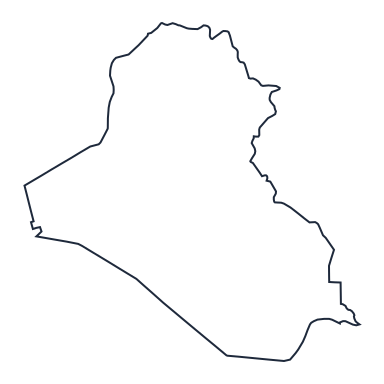 Iraq, Robinson projection
{"feature_id": "IRQ", "entity_name": "Iraq", "entity_type": "country or territory", "adm_level": 0, "iso_a3": "IRQ", "parent_name": "Asia", "parent_adm1": "", "projection": "robinson", "projection_center": [44.579, 33.218], "detail": "fine", "context": "isolated", "style": "outline", "palette": "slate", "viewbox_px": 384, "rotation_deg": 0, "n_neighbors": 0, "source": "natural_earth", "source_scale": "50m", "svg_char_len": 2813}
<svg xmlns="http://www.w3.org/2000/svg" viewBox="0 0 384 384"><path d="M148.0,33.7L151.2,32.9L157.3,28.0L160.9,23.4L162.0,23.0L165.1,24.5L167.4,25.0L172.6,23.2L175.7,24.1L178.4,25.3L179.8,25.4L186.8,28.2L188.6,28.6L192.2,28.9L197.6,29.1L201.1,27.2L203.5,25.4L205.2,25.5L206.9,25.9L208.3,26.6L209.5,28.0L210.1,29.9L209.8,36.0L210.4,37.6L211.3,38.8L212.5,39.0L214.0,37.7L216.6,35.8L219.7,33.6L222.1,31.7L223.4,31.0L225.5,31.1L227.6,31.4L228.8,32.4L228.8,32.7L229.9,35.5L232.7,46.3L234.2,47.6L236.0,48.8L237.3,50.4L237.8,52.0L237.7,54.5L237.7,57.4L238.5,59.6L239.5,61.3L240.5,62.1L241.9,62.2L243.6,62.6L244.8,64.3L248.5,76.5L248.9,78.1L250.5,78.6L253.0,78.4L255.7,79.6L258.5,81.6L261.2,85.3L262.9,85.9L268.5,85.4L276.2,86.0L279.7,87.9L279.4,89.1L276.6,90.4L271.8,92.0L270.4,94.6L269.6,98.0L269.7,99.9L270.9,102.1L274.4,106.2L274.6,107.8L275.2,109.9L275.9,111.3L275.2,114.1L272.1,116.0L268.0,118.1L259.8,127.5L259.2,129.5L259.3,135.1L258.4,136.6L255.8,136.6L253.8,136.3L253.7,138.3L252.4,140.9L251.7,143.1L254.7,148.4L255.3,151.2L254.8,153.8L252.0,158.2L250.3,161.2L250.7,161.9L252.9,163.0L259.8,172.8L262.0,176.2L264.9,175.3L266.0,175.3L266.8,175.9L267.3,177.0L267.3,178.5L266.6,180.7L270.3,181.6L271.6,183.8L276.0,191.4L275.8,193.6L273.8,197.2L273.8,199.6L274.2,201.7L274.9,202.4L281.2,202.7L283.9,203.6L290.5,207.5L298.1,213.4L304.2,218.3L309.5,222.4L315.1,222.1L316.6,222.9L318.1,224.2L319.7,227.6L323.0,235.3L325.7,237.8L330.0,244.0L334.0,249.8L331.5,257.6L329.0,265.8L329.1,276.4L329.2,282.0L334.6,282.3L340.6,282.5L340.7,289.3L340.8,296.1L340.9,303.9L342.7,304.2L345.5,305.9L346.7,308.4L348.3,309.8L350.1,310.0L351.9,311.2L353.7,313.5L354.4,315.2L353.9,316.3L354.3,318.4L355.6,321.3L357.1,322.7L359.5,324.4L356.3,325.3L352.9,324.6L345.5,321.2L343.1,321.1L340.0,322.4L339.9,323.5L332.1,319.7L329.3,318.9L328.3,318.9L323.8,318.9L317.5,319.6L313.8,321.2L311.2,322.8L310.0,324.4L309.6,325.3L307.6,330.0L305.3,336.2L302.9,341.7L298.3,349.4L295.7,353.0L290.1,359.6L284.0,361.0L269.9,359.7L254.3,358.2L238.8,356.7L227.3,355.7L226.4,355.3L215.0,345.8L205.9,338.3L194.7,329.0L183.2,319.4L171.6,309.7L163.2,302.7L153.0,293.6L143.7,285.4L136.4,278.9L127.0,273.2L119.6,268.7L109.0,262.2L100.4,257.0L93.1,252.6L81.9,245.8L78.2,243.9L66.5,241.6L55.4,239.7L44.0,237.7L36.4,236.4L41.5,231.5L40.0,227.1L36.3,227.9L32.9,229.0L31.0,222.2L33.6,221.3L31.3,212.5L29.0,203.4L26.8,194.6L24.5,185.6L34.3,179.8L41.6,175.5L51.7,169.4L61.5,163.6L70.9,158.1L81.1,151.9L90.3,146.5L98.7,144.3L100.5,142.5L104.4,135.1L107.7,128.7L107.8,127.2L107.9,118.2L108.7,107.6L109.8,101.9L111.7,96.9L113.5,93.3L113.7,89.9L113.5,86.4L111.8,81.2L110.0,75.7L110.3,70.5L110.7,67.7L111.9,63.2L113.9,59.9L116.0,57.8L123.9,55.7L128.6,54.5L134.9,48.6L138.6,45.2L143.8,39.7L147.6,35.7L147.9,34.3L148.0,33.7Z" fill="none" stroke="#1e293b" stroke-width="2"/></svg>